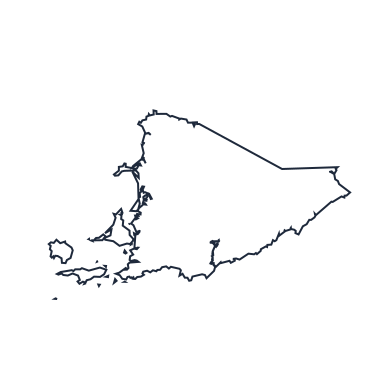 outline of Circular Head, Tasmania, Australia, rotated 259°
{"feature_id": "25037944B64479708811178", "entity_name": "Circular Head", "entity_type": "district", "adm_level": 2, "iso_a3": "AUS", "parent_name": "Australia", "parent_adm1": "Tasmania", "projection": "equal_earth", "projection_center": [144.855, -41.02], "detail": "fine", "context": "isolated", "style": "outline", "palette": "slate", "viewbox_px": 384, "rotation_deg": 259, "n_neighbors": 0, "source": "geoboundaries", "source_scale": "gbopen_adm2", "svg_char_len": 6006}
<svg xmlns="http://www.w3.org/2000/svg" viewBox="0 0 384 384"><g transform="rotate(259 192 192)"><path d="M275.2,165.3L276.7,164.5L275.1,163.9L274.7,161.7L271.9,160.8L271.8,157.0L269.7,155.0L271.0,153.7L268.9,152.1L265.8,155.7L258.2,157.5L258.3,160.7L256.0,162.4L258.1,160.4L258.0,156.8L250.3,152.9L248.7,154.9L249.3,153.5L247.7,152.6L248.1,151.7L239.3,152.0L234.1,148.8L235.2,151.7L233.4,150.0L233.1,151.0L229.0,152.0L232.7,150.9L233.6,148.2L228.8,139.2L227.7,138.2L230.1,146.2L227.8,146.9L228.5,144.7L225.6,142.4L225.1,139.2L226.0,140.0L229.3,131.7L232.4,132.3L232.9,131.1L230.4,128.9L230.6,125.0L226.9,124.3L224.1,118.7L222.7,119.5L222.4,122.9L225.6,127.0L225.7,129.7L223.8,141.1L220.6,143.0L216.0,142.4L223.4,137.3L210.8,140.7L196.6,138.4L197.1,140.1L200.9,140.4L202.2,142.4L204.3,142.1L207.0,144.3L206.4,145.9L203.6,144.0L200.5,144.4L200.8,145.8L198.3,149.6L193.1,151.2L193.0,150.2L198.7,149.0L198.1,146.7L197.8,146.6L197.2,147.3L196.8,147.3L197.4,145.0L196.3,143.2L194.1,143.2L194.7,146.1L193.5,144.9L193.1,145.8L192.6,145.3L192.4,145.7L192.1,145.6L192.9,142.9L190.6,141.7L190.1,143.4L189.5,143.9L189.2,144.0L188.9,143.9L188.9,144.1L188.7,144.3L188.4,144.4L189.2,142.0L186.1,136.6L183.5,135.1L181.5,137.7L179.8,137.2L180.7,134.5L179.3,134.8L180.8,132.7L177.8,134.6L179.4,131.7L178.3,131.8L176.5,133.8L175.8,131.6L176.7,130.7L172.7,126.2L170.5,128.2L163.2,129.8L162.3,131.4L163.6,132.0L163.9,132.8L163.4,133.8L163.5,132.0L162.5,132.4L161.0,130.6L161.5,129.1L159.5,127.9L148.8,125.0L147.2,126.2L147.8,127.8L147.6,128.5L146.4,126.9L147.5,124.2L146.5,120.2L141.8,122.3L140.7,119.0L137.2,117.8L135.9,118.9L136.1,122.7L135.2,124.7L133.6,126.2L134.6,117.2L133.3,115.2L129.5,115.1L128.2,113.4L128.5,111.5L130.4,113.2L126.7,105.2L126.3,101.7L124.1,105.2L120.1,107.0L118.7,110.7L120.9,112.5L120.9,114.4L119.5,115.1L119.7,116.5L118.5,116.9L119.3,118.2L117.8,118.3L117.5,119.8L119.0,122.0L118.7,125.7L119.9,129.0L121.5,127.8L123.1,128.9L123.3,132.9L121.1,135.7L122.6,138.7L121.0,141.9L122.1,143.1L121.7,145.8L123.9,148.3L123.9,152.5L121.3,154.7L122.6,157.0L119.0,165.1L117.3,166.1L112.3,163.8L113.5,167.1L109.3,168.6L108.7,171.2L105.4,172.3L105.5,174.4L108.9,176.3L109.3,186.2L108.0,188.9L104.6,189.8L110.4,198.6L114.2,200.5L116.2,199.2L117.9,199.6L117.7,197.3L118.1,196.7L118.6,196.7L119.1,196.9L120.8,199.2L121.7,198.7L124.4,199.8L125.3,199.3L125.9,200.6L127.1,200.1L129.9,201.0L134.4,204.1L134.4,204.5L133.8,205.0L134.8,205.5L135.1,204.4L136.6,203.4L138.2,204.1L138.0,202.5L138.3,202.0L138.9,201.8L138.5,200.9L138.7,200.6L139.2,200.7L139.7,201.5L140.0,203.0L139.5,203.6L139.0,206.9L138.2,208.4L138.6,208.9L138.8,208.6L139.1,208.6L139.6,208.9L139.7,209.1L138.5,209.0L138.1,208.5L139.4,203.7L140.0,203.0L139.0,200.7L138.9,201.9L138.1,202.4L138.3,204.2L135.2,204.5L134.6,206.4L135.5,207.0L136.0,206.4L136.3,206.5L136.4,206.8L136.3,207.1L135.8,207.6L135.3,207.9L136.2,206.5L135.6,207.0L134.7,206.6L133.6,205.1L134.3,204.1L130.0,201.2L126.1,200.8L125.1,199.5L124.3,199.9L120.7,199.3L118.6,196.9L118.1,199.7L116.3,199.5L114.1,201.4L117.6,206.8L116.7,206.9L117.3,215.7L115.1,216.6L116.4,220.9L118.0,221.0L118.1,220.7L118.3,220.6L118.4,219.6L118.5,219.4L118.3,222.6L116.6,225.8L120.7,235.6L119.0,241.1L119.9,243.1L118.6,243.9L121.1,248.2L122.7,248.7L124.5,254.1L123.7,255.2L125.7,255.9L125.2,259.8L129.3,262.3L127.9,263.8L128.6,265.6L134.5,269.4L132.5,269.3L135.8,276.1L136.3,275.5L136.7,275.5L136.8,275.6L135.9,276.3L136.6,282.6L136.8,282.1L137.2,281.8L137.7,281.9L138.0,282.2L136.8,282.1L135.5,285.1L134.0,286.4L131.9,285.7L130.0,288.5L137.2,294.3L138.5,298.4L142.3,301.8L141.9,303.6L143.7,307.4L145.7,309.1L146.4,308.5L147.1,308.5L145.7,309.3L155.9,327.0L155.4,328.2L159.1,337.9L157.5,340.5L159.3,341.1L159.0,343.0L161.4,347.1L171.7,337.9L175.0,337.3L177.1,335.0L182.5,335.0L184.7,332.5L184.9,332.4L185.5,332.9L185.0,332.2L185.2,331.7L185.4,331.4L185.5,331.4L185.6,333.0L182.6,335.1L185.9,338.0L187.3,337.5L188.6,339.6L197.4,284.8L257.4,212.1L257.7,210.0L259.5,210.2L260.0,206.8L258.0,207.9L256.2,206.6L260.0,205.8L260.8,201.3L264.2,200.4L266.2,195.1L265.6,193.3L266.6,193.4L270.5,186.9L270.2,185.1L273.6,181.8L275.4,172.1L278.2,172.5L279.4,169.8L275.4,169.2L275.2,165.3ZM153.8,118.3L152.6,121.7L152.8,121.6L153.1,121.7L154.9,124.3L157.0,125.5L161.7,122.6L166.0,123.3L172.2,117.6L177.2,119.1L179.0,117.3L182.4,118.3L183.5,117.1L183.6,118.9L185.8,118.7L184.0,119.9L188.9,119.2L184.5,113.1L185.5,111.0L181.3,112.1L174.9,108.5L168.2,98.8L170.6,105.8L165.0,103.7L163.5,97.1L161.7,97.7L158.7,105.4L153.0,110.6L153.8,118.3ZM137.3,43.8L136.4,45.1L136.9,48.5L135.1,49.8L133.7,54.2L134.8,59.2L131.7,64.2L127.1,65.1L126.0,62.6L123.4,64.0L124.8,67.8L123.2,70.1L125.5,71.8L125.7,75.7L127.6,79.7L126.2,85.6L128.0,90.0L132.0,93.1L135.4,87.2L134.5,75.7L138.2,69.4L137.4,67.4L138.4,62.6L137.0,60.5L138.2,59.1L138.5,47.8L137.3,43.8ZM146.3,54.3L149.1,56.2L150.4,60.2L157.5,63.8L160.5,63.1L165.9,57.9L167.6,58.0L166.9,52.9L171.0,49.8L168.4,46.6L169.5,43.9L168.2,41.5L166.1,43.0L162.9,41.6L160.7,43.0L155.8,40.9L154.3,41.9L155.3,43.5L153.5,43.9L155.5,45.6L154.8,47.9L151.8,51.3L147.3,50.8L146.3,54.3ZM185.3,128.1L183.8,133.6L184.9,135.7L190.6,138.5L195.5,138.4L185.3,128.1ZM163.3,86.3L161.8,94.8L164.9,98.7L167.3,96.8L164.8,91.9L165.2,89.1L163.3,86.3ZM145.5,113.7L144.3,115.0L144.8,116.1L147.4,114.8L145.5,113.7ZM117.7,98.1L119.2,101.0L121.2,99.9L117.7,98.1ZM162.6,127.2L160.6,127.1L159.9,127.7L161.7,128.2L162.6,127.2ZM125.2,91.4L124.5,93.3L125.7,93.7L125.2,91.4ZM135.0,93.2L135.8,93.5L136.1,92.4L135.0,93.2ZM118.6,83.7L119.0,82.4L117.5,82.7L118.6,83.7ZM113.3,36.9L112.7,39.1L113.6,37.8L113.3,36.9ZM152.6,123.1L153.2,122.8L152.3,122.3L152.6,123.1ZM163.5,84.0L163.0,84.8L163.7,84.6L163.5,84.0ZM152.6,121.9L153.8,122.8L153.1,121.7L152.6,121.9ZM165.2,82.0L165.6,82.0L165.4,81.6L165.2,82.0ZM122.4,68.8L122.5,69.5L123.1,69.4L122.4,68.8ZM116.7,108.6L116.6,109.1L116.8,108.9L116.7,108.6ZM172.6,124.2L172.3,123.8L172.5,124.3L172.6,124.2ZM142.0,85.7L141.7,85.5L141.9,86.5L142.0,85.7Z" fill="none" stroke="#1e293b" stroke-width="2"/></g></svg>